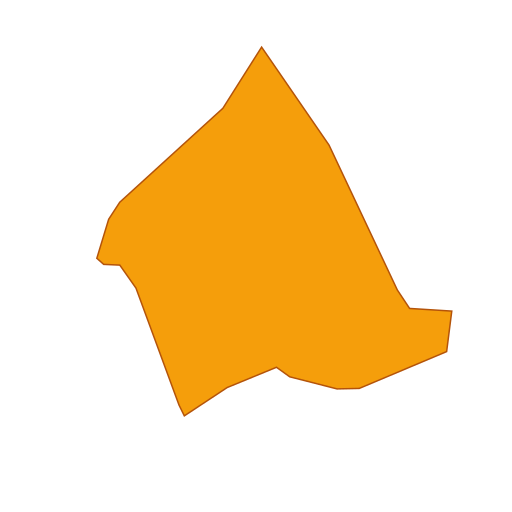 map outline of Rogašovci (Equal Earth projection), rotated 330°
{"feature_id": "SVN-931", "entity_name": "Rogašovci", "entity_type": "Municipality", "adm_level": 1, "iso_a3": "SVN", "parent_name": "Slovenia", "parent_adm1": "", "projection": "equal_earth", "projection_center": [16.013, 46.801], "detail": "fine", "context": "isolated", "style": "filled", "palette": "amber", "viewbox_px": 512, "rotation_deg": 330, "n_neighbors": 0, "source": "natural_earth", "source_scale": "10m", "svg_char_len": 434}
<svg xmlns="http://www.w3.org/2000/svg" viewBox="0 0 512 512"><g transform="rotate(330 256 256)"><path d="M290.2,113.9L301.2,111.5L365.3,77.9L374.7,196.5L361.4,356.1L362.8,378.2L398.0,401.6L373.3,434.1L279.2,422.3L259.7,411.6L224.8,377.5L218.1,362.6L165.3,355.5L114.0,358.6L114.8,346.6L136.0,223.8L133.5,195.8L119.9,187.1L117.0,178.4L146.8,150.5L164.9,141.3L290.2,113.9Z" fill="#f59e0b" stroke="#b45309" stroke-width="1.5"/></g></svg>